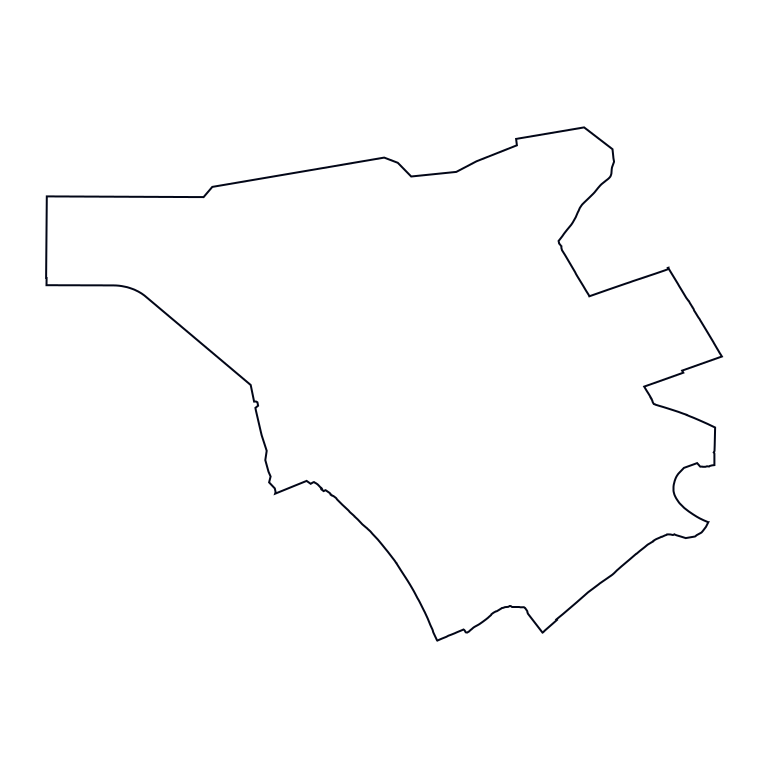 the district of Kampen, Overijssel, Netherlands
{"feature_id": "6326949B29767545609349", "entity_name": "Kampen", "entity_type": "district", "adm_level": 2, "iso_a3": "NLD", "parent_name": "Netherlands", "parent_adm1": "Overijssel", "projection": "equal_earth", "projection_center": [5.959, 52.551], "detail": "fine", "context": "isolated", "style": "outline", "palette": "ink", "viewbox_px": 768, "rotation_deg": 0, "n_neighbors": 0, "source": "geoboundaries", "source_scale": "gbopen_adm2", "svg_char_len": 5823}
<svg xmlns="http://www.w3.org/2000/svg" viewBox="0 0 768 768"><path d="M275.1,493.7L285.2,489.6L295.0,485.6L296.0,485.2L305.4,481.4L306.2,481.1L306.6,480.9L310.7,483.8L311.5,483.3L313.3,482.3L313.8,482.1L314.1,482.1L315.2,482.9L315.9,483.2L317.5,484.3L317.8,484.6L318.0,484.7L318.3,485.1L319.1,485.9L319.3,486.1L320.1,487.0L320.8,487.6L321.2,487.8L321.6,488.3L321.9,488.7L322.0,488.9L321.9,489.0L321.3,489.2L321.5,489.5L322.7,490.3L323.1,490.6L323.5,491.1L323.9,491.0L325.4,490.2L325.6,490.2L329.7,493.0L330.7,494.2L330.6,494.5L331.0,494.7L331.3,494.9L332.1,495.4L331.9,495.5L332.2,495.7L333.4,496.0L333.9,496.4L335.9,497.9L336.3,498.3L336.8,499.1L337.4,499.8L342.5,504.9L347.9,509.9L349.0,511.0L349.3,511.5L350.4,512.6L352.8,514.7L354.1,515.9L354.6,516.4L354.6,516.6L354.9,516.8L357.8,519.5L361.1,523.0L362.3,524.3L366.3,527.7L366.9,528.1L367.3,528.6L370.4,531.4L372.5,533.9L377.8,539.5L382.1,544.7L385.8,549.3L387.7,551.6L392.6,558.0L393.7,559.4L394.9,561.0L396.1,562.9L396.3,562.9L396.5,563.1L396.7,563.4L396.7,563.7L400.8,570.2L407.6,580.7L410.0,584.6L413.5,590.6L414.8,593.0L417.5,598.2L418.7,600.2L419.6,601.9L424.3,611.3L424.6,611.8L427.7,618.5L428.8,621.2L430.3,624.9L431.5,627.5L432.4,629.4L432.8,630.5L433.1,631.8L433.4,632.6L435.5,637.1L436.2,638.5L436.3,638.8L436.6,639.4L436.9,640.1L437.3,640.6L441.9,638.6L446.4,636.8L448.4,635.7L450.9,634.8L454.9,633.2L456.4,632.5L457.1,632.2L457.8,631.9L462.9,629.8L463.4,629.5L464.0,629.8L464.5,630.3L464.8,630.7L465.7,632.3L466.6,632.5L466.9,632.5L467.3,632.5L468.1,632.0L469.0,631.5L469.3,631.2L470.9,629.7L471.3,629.5L472.4,628.5L473.2,627.8L474.0,627.2L475.0,626.6L478.3,624.8L479.6,624.0L482.6,621.9L486.1,619.3L488.1,617.7L488.8,617.0L490.9,615.2L491.1,615.0L491.2,614.7L491.4,614.3L491.5,614.2L493.5,612.7L495.3,611.7L496.1,611.3L496.3,611.3L496.6,611.3L497.2,611.0L500.8,608.8L501.3,608.5L501.7,608.1L503.3,607.8L505.1,607.1L505.4,607.1L507.8,606.9L508.4,606.8L508.7,606.6L509.4,606.2L509.7,606.0L510.0,606.0L510.8,606.1L511.0,606.3L512.1,607.0L519.1,607.0L520.7,607.3L521.1,607.3L523.6,607.2L524.0,607.3L524.3,607.4L524.7,607.9L525.1,608.0L526.7,610.3L527.1,610.9L527.3,611.3L527.4,611.9L527.5,612.7L527.7,613.0L528.0,613.8L542.5,632.6L543.1,632.3L545.0,630.4L553.6,622.9L556.9,620.0L556.3,619.5L562.8,614.2L577.3,601.8L577.4,601.7L587.4,592.9L588.2,592.2L599.0,584.1L599.4,583.7L612.1,574.9L612.6,574.5L614.2,573.1L617.0,570.3L621.8,566.1L629.4,559.7L636.1,553.9L636.4,553.9L636.6,553.7L639.9,550.9L644.5,547.3L647.6,544.7L653.4,541.2L653.4,540.8L653.6,540.7L654.7,540.0L655.9,539.3L657.2,538.7L657.7,538.5L660.0,537.5L661.2,536.9L661.3,536.8L661.8,536.9L662.2,536.7L665.0,535.4L666.5,534.9L667.3,534.5L667.3,534.4L668.6,534.4L670.6,534.5L672.4,534.9L673.0,535.0L673.5,534.8L674.4,534.3L675.0,534.7L676.6,535.3L681.0,536.6L681.3,536.7L684.8,537.8L685.2,537.9L685.7,538.1L695.0,536.5L695.6,536.1L696.6,535.2L701.0,532.8L701.6,532.4L702.9,530.9L705.4,527.6L706.0,526.8L708.3,522.2L708.2,522.2L703.5,520.2L699.6,518.3L696.6,516.6L693.1,514.4L688.7,511.4L684.3,508.0L679.7,503.4L678.9,502.4L676.8,499.3L676.0,498.0L675.0,496.0L674.4,494.6L673.7,492.0L673.5,490.8L673.5,489.5L673.5,486.8L673.7,485.1L673.8,484.5L674.7,480.9L675.6,478.4L676.5,476.5L677.4,475.1L678.3,473.8L679.6,472.4L682.7,469.2L683.9,467.9L695.0,463.9L697.1,463.1L698.1,464.2L700.2,466.6L700.7,466.7L701.7,466.6L702.2,466.6L702.7,466.8L703.5,466.8L704.9,466.8L705.4,466.8L707.0,466.3L709.1,466.5L709.7,466.0L711.9,465.4L714.4,465.1L714.4,463.8L714.4,453.8L714.3,453.2L713.7,452.5L714.5,451.0L714.7,445.3L715.0,432.8L715.1,428.1L715.1,427.5L709.2,424.7L708.0,424.1L702.4,421.6L698.3,419.8L694.1,418.0L686.8,415.1L686.9,414.9L686.1,414.6L683.1,413.6L678.5,411.9L673.0,410.1L668.0,408.5L663.2,407.0L659.1,405.8L655.2,404.6L655.0,404.3L653.8,404.0L652.9,402.5L652.5,401.6L652.5,401.3L652.4,400.9L651.9,399.8L651.7,399.5L650.9,398.1L651.1,398.1L650.3,396.7L650.2,396.5L648.9,394.3L646.5,390.5L644.2,386.6L683.3,372.7L682.1,370.6L721.9,356.5L719.4,352.5L718.1,350.2L717.7,349.6L714.2,343.6L714.0,343.3L713.5,342.3L710.8,337.8L705.1,328.3L704.6,327.5L704.5,327.3L700.3,320.4L699.3,318.6L698.7,317.9L698.0,316.8L697.9,316.6L697.5,316.0L695.2,312.2L694.4,311.0L694.1,310.5L693.7,309.3L693.4,308.6L692.7,307.7L692.5,307.2L692.4,307.2L692.1,306.6L689.8,302.9L688.9,301.1L688.6,301.0L686.3,297.9L681.5,289.9L679.0,285.8L678.0,284.0L669.6,270.2L668.5,268.2L668.5,267.7L667.8,267.9L668.1,268.6L668.3,268.9L668.3,269.0L668.2,269.1L664.8,270.4L655.2,273.7L632.7,281.2L630.3,282.1L625.5,283.7L608.1,289.7L589.3,296.3L588.7,294.9L586.1,290.8L583.1,285.7L577.4,276.4L575.9,273.8L575.2,272.3L565.2,255.3L562.0,250.2L561.4,248.0L561.4,246.2L561.1,246.0L560.1,244.6L559.1,243.5L559.0,242.5L558.7,241.7L558.6,240.9L559.7,239.6L562.4,236.1L564.1,233.6L567.0,229.9L571.3,224.7L572.7,222.6L575.8,217.1L576.5,215.4L578.0,211.9L578.3,211.5L579.3,209.2L579.7,208.2L580.0,207.7L581.0,206.2L582.1,204.6L584.4,202.3L588.8,198.1L593.2,193.8L594.6,192.3L598.2,187.8L599.0,186.9L600.1,185.6L601.5,184.2L606.1,180.5L607.8,179.2L608.5,178.6L609.5,177.6L610.4,176.5L611.0,175.0L611.4,173.6L611.7,169.4L612.0,167.4L613.6,163.0L614.0,161.9L614.0,161.7L614.0,161.2L613.8,160.3L613.4,158.0L613.3,156.8L612.5,149.2L584.1,127.4L516.1,138.9L516.9,145.3L476.5,161.3L456.3,171.9L411.2,176.5L397.8,162.8L384.2,157.6L212.3,186.9L203.6,197.1L46.8,196.4L46.1,278.0L46.6,278.0L46.5,285.2L113.3,285.4L116.3,285.5L118.9,285.7L121.8,286.1L124.8,286.7L127.2,287.2L129.8,288.0L132.1,288.8L134.5,289.7L136.7,290.8L138.0,291.4L139.4,292.2L141.6,293.5L143.0,294.5L144.4,295.5L145.6,296.5L250.7,385.0L254.1,401.6L255.8,401.5L256.2,401.6L257.4,402.3L258.1,405.7L255.4,407.9L255.9,410.5L260.9,432.1L261.7,435.4L266.7,450.8L265.3,460.1L268.5,471.7L270.6,476.5L269.1,482.4L274.8,488.4L275.6,492.1L275.1,493.7Z" fill="none" stroke="#020617" stroke-width="2"/></svg>